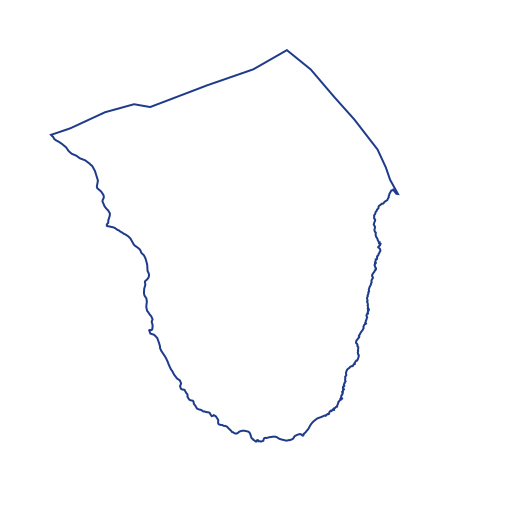 the district of South East Ambrym, Malampa, Vanuatu, rotated 71°
{"feature_id": "77236927B97442931027551", "entity_name": "South East Ambrym", "entity_type": "district", "adm_level": 2, "iso_a3": "VUT", "parent_name": "Vanuatu", "parent_adm1": "Malampa", "projection": "orthographic", "projection_center": [168.254, -16.302], "detail": "fine", "context": "isolated", "style": "outline", "palette": "blue", "viewbox_px": 512, "rotation_deg": 71, "n_neighbors": 0, "source": "geoboundaries", "source_scale": "gbopen_adm2", "svg_char_len": 6145}
<svg xmlns="http://www.w3.org/2000/svg" viewBox="0 0 512 512"><g transform="rotate(71 256 256)"><path d="M71.4,159.8L78.6,197.7L78.7,246.5L80.7,307.6L72.8,321.9L70.9,351.8L74.8,390.1L74.7,410.4L76.5,409.6L77.2,409.1L79.7,408.6L81.3,407.6L83.9,405.2L86.8,403.0L91.6,400.1L95.4,399.1L97.4,398.1L99.4,396.9L102.7,393.2L106.3,390.7L109.9,386.4L114.6,383.2L115.8,382.7L117.4,381.6L123.2,380.6L133.2,380.9L138.6,383.9L140.2,384.0L144.5,381.5L148.4,380.4L150.4,380.6L151.8,381.3L152.9,382.6L154.4,383.4L159.8,383.0L162.5,382.1L164.7,381.0L167.9,380.3L168.8,380.5L170.5,381.3L174.4,384.2L175.1,384.3L176.6,385.0L177.1,386.2L178.2,387.1L178.9,387.2L179.4,386.8L180.2,385.2L181.0,384.0L182.4,381.6L183.7,380.2L186.3,378.4L187.0,377.4L188.4,376.6L190.2,375.0L192.1,373.6L193.2,372.4L195.8,370.4L198.7,369.0L205.0,367.9L206.6,367.3L209.6,365.1L211.8,363.8L213.7,363.4L214.9,363.5L216.3,363.1L218.7,361.8L220.5,361.5L222.6,361.3L227.8,361.6L229.5,361.9L234.8,363.4L237.5,363.1L239.1,363.3L241.1,364.4L242.0,365.4L243.0,367.2L243.6,368.8L243.9,369.2L244.6,369.6L245.8,369.7L247.2,370.0L250.6,372.4L254.8,374.1L257.2,374.3L260.2,373.5L261.3,373.6L263.5,374.0L267.8,376.1L268.7,376.4L272.5,376.8L273.7,376.3L276.9,375.5L278.7,374.7L282.2,374.4L284.1,376.0L285.9,376.2L287.5,376.2L290.1,377.2L291.7,378.1L292.0,379.2L291.3,380.5L291.5,381.2L295.0,381.1L297.2,378.1L298.6,377.3L301.4,376.1L306.3,376.0L310.2,376.2L311.9,376.7L313.2,376.6L314.6,376.5L321.5,374.7L323.6,374.3L325.9,374.1L327.1,373.9L329.9,373.9L335.0,373.4L337.8,372.6L341.4,372.1L346.2,370.5L348.8,368.5L352.0,368.3L353.4,369.3L354.3,370.2L357.1,370.2L358.4,369.0L358.7,368.0L359.3,367.2L363.0,366.5L364.3,365.9L365.7,366.1L366.5,366.6L368.8,366.2L370.3,365.7L371.1,364.9L372.3,362.8L373.5,362.5L375.5,362.9L377.9,362.1L380.9,361.5L381.8,360.7L382.8,359.5L383.3,358.5L384.3,357.5L385.1,357.0L385.9,356.3L386.3,355.2L387.2,354.1L388.7,351.3L389.7,350.7L390.7,350.7L393.0,350.0L393.1,348.7L392.7,347.9L393.3,347.1L394.7,346.1L398.8,345.1L401.2,346.1L402.1,346.2L403.0,346.0L404.1,344.6L404.8,343.0L406.2,341.7L406.7,340.3L408.2,338.8L409.8,338.2L413.2,336.4L414.4,336.1L415.6,334.7L416.2,334.4L417.0,333.5L417.6,332.1L417.3,330.5L416.7,329.2L416.6,327.5L416.9,325.2L417.7,323.4L419.6,320.4L420.6,319.8L421.5,319.5L423.0,319.4L425.8,319.5L427.0,319.4L428.0,318.6L429.1,318.3L429.9,317.5L431.2,316.8L431.5,316.3L430.5,314.9L430.7,314.2L431.3,313.9L432.0,314.0L432.4,312.6L433.0,311.9L433.1,311.1L433.1,309.3L431.8,308.4L431.0,307.6L430.9,306.5L431.5,305.5L431.7,302.3L432.2,300.0L432.3,298.8L433.3,296.3L434.1,295.3L436.5,293.4L437.4,292.2L440.5,287.4L440.6,286.7L440.8,284.6L441.1,284.2L441.1,282.1L440.8,280.4L440.0,279.3L439.2,278.6L438.8,277.5L438.5,274.8L438.6,272.9L439.0,271.7L440.0,271.2L441.1,270.2L440.6,269.7L440.5,269.1L439.8,269.0L438.9,266.6L437.3,264.2L436.8,263.1L433.7,259.7L432.3,257.8L431.1,255.5L430.1,252.7L429.5,250.7L429.5,246.8L429.2,242.9L429.3,242.5L429.8,242.1L429.4,241.3L429.0,241.0L429.0,240.2L428.7,239.6L429.2,238.9L429.0,238.3L427.6,237.6L426.6,235.7L427.2,235.1L426.1,233.4L426.3,232.9L427.0,232.5L427.0,232.3L426.5,232.2L425.9,232.4L425.4,231.8L425.5,231.0L425.2,230.2L424.8,229.7L424.7,229.0L424.9,228.6L424.8,228.3L424.2,228.2L422.0,226.3L420.8,225.6L420.6,224.9L420.0,224.3L419.5,223.4L419.6,222.8L419.3,222.0L418.8,222.6L418.4,222.6L418.3,222.1L418.7,221.6L418.5,221.1L417.6,221.8L415.5,220.5L415.3,219.8L414.9,219.3L414.1,219.1L413.7,218.8L413.6,218.4L413.1,218.3L413.2,218.6L412.6,218.8L412.1,217.8L411.3,217.6L411.0,217.3L411.0,216.6L410.6,216.2L410.3,216.4L410.1,216.9L409.5,216.9L408.7,216.6L408.0,216.2L408.1,215.5L407.6,214.8L406.7,215.0L406.2,214.8L405.7,214.4L405.3,213.7L404.7,213.6L403.7,212.1L402.3,212.2L400.3,211.2L399.3,211.1L398.2,209.5L395.8,209.0L393.9,207.6L392.9,206.4L392.0,203.8L391.6,203.3L391.2,201.6L391.6,200.4L391.3,199.9L390.3,199.1L389.9,198.2L390.3,198.0L390.3,197.7L389.1,197.4L387.5,195.2L387.8,194.5L386.6,193.2L385.0,192.0L383.9,191.3L383.0,191.1L382.4,191.5L381.8,191.3L380.6,191.3L379.2,190.4L378.9,190.5L378.2,190.3L377.1,189.6L375.5,189.0L374.2,189.5L373.3,189.0L371.8,189.1L371.0,189.7L370.4,189.6L369.4,189.1L368.3,188.2L368.0,187.3L366.8,185.8L366.6,185.1L365.6,184.5L365.1,184.8L364.5,184.3L363.8,183.2L363.0,182.5L361.4,180.4L361.1,179.8L359.9,178.4L359.2,177.7L357.9,177.5L356.3,176.0L355.8,175.1L356.0,174.5L355.7,174.0L354.7,174.4L354.1,173.7L352.7,173.1L352.2,172.3L351.1,171.7L350.1,170.8L348.7,171.0L348.1,170.9L346.9,169.8L346.8,169.5L347.0,169.0L346.7,168.7L345.6,168.8L345.3,168.6L345.0,168.0L344.5,167.7L343.9,167.9L343.4,167.7L343.7,166.9L343.1,166.6L342.7,167.0L342.6,167.3L342.0,167.4L341.5,166.9L341.0,166.9L340.2,166.6L339.1,166.6L338.7,166.1L338.4,166.0L336.2,165.7L335.7,165.9L335.3,165.9L334.7,165.1L332.9,164.9L331.8,164.7L330.3,163.3L329.5,163.3L328.1,161.9L327.6,161.7L326.9,161.7L326.3,160.6L324.7,160.4L322.7,159.0L321.9,158.3L320.5,156.7L319.5,156.3L318.6,155.2L317.1,155.0L316.2,154.3L314.7,152.5L313.6,152.5L312.9,152.8L311.7,152.3L310.6,151.1L309.4,149.2L308.8,148.6L308.3,148.4L308.3,147.8L307.6,146.9L306.6,146.5L306.2,146.9L303.6,146.8L303.2,146.9L302.8,146.5L301.6,145.9L302.1,145.6L301.6,144.9L300.6,145.3L299.2,144.3L298.2,143.9L298.5,143.2L298.3,142.7L297.0,141.9L296.0,141.8L295.7,141.6L295.4,140.7L295.1,140.1L294.0,139.5L293.4,138.5L292.4,137.8L291.7,136.8L291.0,136.5L289.5,136.5L287.5,137.6L286.9,137.0L286.3,135.3L285.1,134.3L284.2,135.5L283.3,134.6L282.7,135.4L282.0,135.4L280.9,135.7L279.6,135.6L278.4,135.7L277.5,136.1L275.2,136.1L272.8,135.1L272.0,135.6L270.6,135.7L269.8,135.5L267.6,134.1L266.5,134.0L265.6,134.3L264.5,134.4L262.3,132.8L261.5,132.0L260.6,131.5L260.3,131.5L259.2,132.0L258.5,132.0L257.5,131.5L256.6,131.3L255.9,130.9L255.1,129.7L253.6,128.7L252.9,127.9L252.5,127.1L251.6,126.5L250.7,124.7L249.0,123.9L248.5,122.9L248.0,121.0L247.5,120.3L247.5,120.0L247.8,119.2L247.8,118.5L246.6,116.7L245.9,113.7L244.4,112.3L243.9,111.5L242.6,111.1L241.9,110.3L240.9,109.8L238.1,106.7L238.3,105.6L237.9,104.8L242.9,103.0L243.6,101.6L227.6,104.4L214.5,104.4L194.9,106.4L158.9,118.6L130.8,130.4L97.5,143.5L71.4,159.8Z" fill="none" stroke="#1e3a8a" stroke-width="2"/></g></svg>